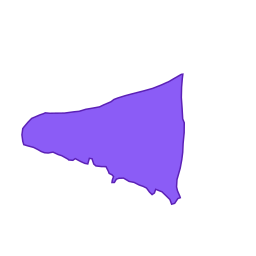 Fenetoe, Grand Kru, Liberia (orthographic projection), rotated 37°
{"feature_id": "62588387B87662048762198", "entity_name": "Fenetoe", "entity_type": "district", "adm_level": 2, "iso_a3": "LBR", "parent_name": "Liberia", "parent_adm1": "Grand Kru", "projection": "orthographic", "projection_center": [-8.376, 4.908], "detail": "fine", "context": "isolated", "style": "filled", "palette": "violet", "viewbox_px": 256, "rotation_deg": 37, "n_neighbors": 0, "source": "geoboundaries", "source_scale": "gbopen_adm2", "svg_char_len": 1318}
<svg xmlns="http://www.w3.org/2000/svg" viewBox="0 0 256 256"><g transform="rotate(37 128 128)"><path d="M44.3,191.8L47.4,197.3L51.9,201.9L54.8,204.0L58.4,202.7L64.3,200.3L69.4,199.4L72.8,199.0L76.2,198.0L79.3,196.0L82.6,192.4L88.3,191.2L91.7,190.0L92.4,189.9L95.2,189.5L98.9,189.0L99.9,189.2L103.4,187.0L104.3,184.2L110.6,183.2L114.9,182.2L117.5,180.9L115.4,175.5L117.8,174.2L119.0,175.1L122.4,177.4L125.2,177.6L130.0,174.8L133.7,172.1L138.2,174.3L140.3,175.6L143.3,175.0L145.7,175.5L146.8,179.0L148.0,181.2L149.9,179.7L149.5,175.9L151.0,173.6L154.6,170.7L161.0,170.0L165.6,167.8L171.2,166.8L175.2,165.5L178.9,164.8L183.7,166.2L187.3,166.7L188.2,164.0L187.0,160.3L193.5,158.5L199.3,159.2L204.5,159.9L208.7,162.6L210.6,160.1L210.3,154.3L211.7,152.2L210.4,151.3L205.2,148.3L202.2,145.8L198.2,139.8L193.9,128.7L190.0,120.9L186.4,114.6L181.4,107.3L175.7,98.0L169.8,90.0L166.2,87.8L159.5,79.9L152.2,71.5L146.2,63.1L141.6,55.8L139.4,52.0L138.3,53.1L135.5,59.6L132.4,67.0L131.7,68.1L128.7,73.6L123.8,81.6L118.3,88.8L111.0,97.9L106.3,103.9L101.7,110.3L99.6,113.7L98.6,117.3L94.8,123.9L92.6,128.2L88.2,133.0L83.0,138.5L81.4,140.7L78.9,144.1L75.5,147.2L68.2,154.4L60.0,160.7L56.7,163.3L52.8,165.7L51.9,167.4L49.7,170.6L45.3,178.3L44.7,183.0L44.3,189.4L44.3,191.8Z" fill="#8b5cf6" stroke="#5b21b6" stroke-width="1.5"/></g></svg>